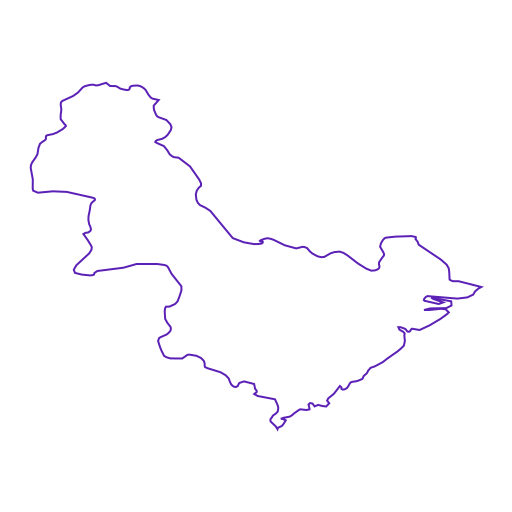 SVG path tracing the border of Aust-Agder
{"feature_id": "NOR-912", "entity_name": "Aust-Agder", "entity_type": "County", "adm_level": 1, "iso_a3": "NOR", "parent_name": "Norway", "parent_adm1": "", "projection": "natural_earth1", "projection_center": [8.022, 58.924], "detail": "fine", "context": "isolated", "style": "outline", "palette": "violet", "viewbox_px": 512, "rotation_deg": 0, "n_neighbors": 0, "source": "natural_earth", "source_scale": "10m", "svg_char_len": 4637}
<svg xmlns="http://www.w3.org/2000/svg" viewBox="0 0 512 512"><path d="M481.3,287.0L478.5,288.5L475.1,291.4L473.2,294.6L467.3,297.4L457.3,298.6L427.5,296.1L425.9,296.9L424.4,298.5L423.8,300.1L424.6,300.8L438.7,304.0L443.2,302.4L433.6,299.1L431.2,297.7L451.2,301.3L451.5,305.5L446.3,308.1L430.2,308.4L424.0,310.0L429.2,310.0L440.9,308.8L445.7,309.3L448.8,312.4L447.0,314.1L440.3,319.0L429.3,325.5L419.6,330.0L412.1,328.7L411.1,329.4L410.5,330.5L409.8,331.4L408.6,331.8L407.3,331.4L405.8,329.4L404.8,328.7L400.5,327.2L398.4,327.2L399.4,329.6L403.2,331.8L404.7,333.4L404.3,335.7L404.9,340.8L403.9,345.6L401.1,348.4L397.8,351.2L387.0,358.8L382.8,362.1L377.6,364.9L374.7,366.4L370.6,367.8L368.2,370.6L366.9,373.2L363.7,376.0L362.4,378.9L358.1,380.7L355.6,381.4L352.8,381.7L350.8,382.3L349.5,383.9L348.4,386.0L347.0,388.0L344.8,389.3L342.7,389.6L341.5,389.0L341.4,387.4L339.9,386.0L333.9,393.8L328.3,398.3L327.1,400.6L329.2,403.3L326.2,406.5L322.3,406.0L318.2,404.9L314.6,406.4L312.5,403.5L310.0,403.1L308.5,404.5L309.2,407.1L309.5,409.4L306.4,410.0L300.2,409.3L298.7,410.1L293.8,413.6L292.3,415.0L289.9,416.6L283.6,417.8L280.8,418.8L282.2,418.9L284.6,419.7L285.8,420.3L283.3,424.3L281.8,426.0L277.9,427.8L277.5,429.2L275.8,426.4L270.6,421.5L270.4,420.3L270.6,418.9L271.7,417.7L272.6,416.1L273.4,415.2L274.0,414.8L274.8,414.3L275.9,413.5L277.7,411.6L278.2,409.0L278.2,407.3L277.5,404.8L275.0,399.3L257.7,396.0L254.2,394.0L254.9,393.4L255.9,392.8L256.7,392.0L256.7,390.9L255.8,389.6L255.1,388.8L254.8,387.3L254.1,384.0L244.1,381.4L239.5,382.9L238.6,384.1L237.8,386.0L235.8,387.1L233.5,386.5L231.4,384.7L230.1,382.2L228.6,378.3L225.7,375.3L220.7,372.3L207.5,368.2L205.1,367.1L204.7,366.2L204.6,362.9L203.7,360.7L201.0,358.0L196.5,355.8L189.3,354.6L187.4,354.9L182.2,358.5L170.4,358.4L166.6,357.3L164.1,355.9L161.5,350.7L160.1,347.3L158.1,341.1L159.0,338.2L160.3,337.3L166.6,334.5L168.3,333.2L170.4,330.9L170.9,328.8L170.6,327.0L167.2,322.6L165.2,318.9L164.7,311.3L165.1,308.2L166.0,306.7L168.1,306.7L169.2,306.6L170.3,306.3L172.6,305.1L173.8,304.7L175.3,303.8L177.6,301.3L179.7,295.8L181.4,290.5L181.4,286.3L171.6,273.9L168.0,267.2L166.7,265.8L164.4,265.0L157.4,264.0L136.6,264.0L123.5,267.7L97.3,271.0L94.4,273.0L94.0,274.6L92.3,275.2L90.1,275.4L81.9,274.6L75.0,272.9L73.8,269.8L74.8,267.8L76.5,265.1L89.2,253.4L91.4,249.9L91.8,247.1L90.8,245.1L87.6,239.9L83.4,234.0L85.6,232.8L88.2,232.5L90.4,230.9L91.0,229.1L90.3,226.7L89.2,224.2L88.4,220.1L88.5,216.4L89.8,210.0L90.4,205.5L91.4,203.1L92.9,201.7L94.7,200.3L95.0,199.2L94.3,198.3L92.6,197.7L66.8,191.9L52.9,191.3L37.9,192.7L33.2,190.7L32.7,188.8L32.8,179.3L30.7,167.9L31.0,165.0L32.3,162.2L35.5,157.7L37.4,154.4L38.5,147.7L40.0,143.8L42.3,141.9L44.8,140.3L45.7,139.4L46.0,138.3L45.8,137.4L46.2,135.8L47.4,135.2L52.9,134.1L56.8,132.6L62.7,129.1L64.9,127.1L65.9,126.0L65.8,125.7L65.7,125.4L65.3,124.9L64.2,123.8L60.7,119.2L60.6,115.6L61.3,110.0L61.2,108.0L60.9,106.3L60.7,104.2L61.0,102.3L62.4,100.9L73.1,96.0L77.9,92.6L82.6,87.5L84.8,86.2L89.4,85.0L92.2,84.7L94.1,84.8L95.2,85.3L97.0,85.4L98.3,85.2L106.1,82.8L110.1,86.0L115.6,86.1L117.2,86.7L120.1,88.5L122.7,89.3L127.2,90.1L128.9,89.7L129.7,88.7L129.8,87.3L130.9,86.3L133.1,85.7L137.7,85.5L140.0,86.0L142.5,87.3L144.1,88.5L145.4,89.7L146.2,90.9L148.3,94.5L150.7,97.5L152.4,98.6L158.7,100.0L153.8,105.5L153.7,107.2L154.0,109.8L156.0,114.6L157.2,116.4L159.1,117.4L166.4,120.0L170.4,124.3L171.5,127.2L170.8,130.1L167.6,134.9L165.1,137.2L162.2,138.8L157.1,140.1L155.7,141.1L155.3,142.0L156.7,142.9L163.9,146.1L167.2,150.2L169.7,154.3L172.0,156.2L174.1,157.2L178.6,157.7L190.0,166.4L199.3,179.7L201.0,183.3L201.0,185.8L198.9,187.6L196.8,190.6L195.8,194.3L196.4,199.7L197.9,202.9L200.0,205.1L205.4,207.7L210.3,210.9L232.4,237.7L233.0,238.2L243.8,242.3L254.0,244.1L258.7,244.0L261.7,243.5L262.7,242.7L262.8,241.9L262.4,241.5L261.6,241.4L260.3,241.3L259.9,240.9L260.6,240.3L264.2,238.9L267.4,238.2L270.7,238.8L273.8,239.9L284.8,245.3L296.2,248.4L302.7,246.8L305.0,247.2L307.1,248.1L309.8,251.3L312.2,253.4L317.5,256.3L321.3,257.2L324.3,256.9L330.4,253.4L334.3,252.1L339.5,251.6L343.3,252.8L347.5,255.4L358.0,263.5L366.2,268.6L371.4,270.7L375.4,270.3L376.9,269.7L378.6,268.7L379.3,267.5L379.5,266.1L379.0,264.7L379.0,263.3L379.1,262.2L382.1,257.8L383.9,255.5L384.1,254.2L383.4,252.4L380.1,246.8L380.9,243.5L382.7,240.3L384.5,238.3L384.7,238.2L385.0,238.0L386.3,237.6L395.8,236.6L411.6,236.1L415.7,237.0L415.9,237.7L415.9,238.1L415.8,238.4L415.5,239.0L417.6,241.7L418.7,244.7L440.9,259.6L446.7,264.7L447.8,266.7L448.7,268.2L449.2,271.7L449.6,279.6L450.8,280.4L453.0,281.2L458.5,281.2L481.3,287.0Z" fill="none" stroke="#5b21b6" stroke-width="2"/></svg>